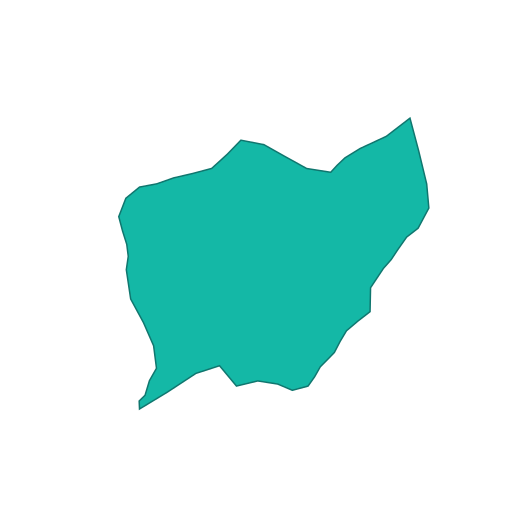 SVG path tracing the border of Şəmkir, rotated 22°
{"feature_id": "AZE-1685", "entity_name": "Şəmkir", "entity_type": "District", "adm_level": 1, "iso_a3": "AZE", "parent_name": "Azerbaijan", "parent_adm1": "", "projection": "orthographic", "projection_center": [46.049, 40.847], "detail": "fine", "context": "isolated", "style": "filled", "palette": "teal", "viewbox_px": 512, "rotation_deg": 22, "n_neighbors": 0, "source": "natural_earth", "source_scale": "10m", "svg_char_len": 851}
<svg xmlns="http://www.w3.org/2000/svg" viewBox="0 0 512 512"><g transform="rotate(22 256 256)"><path d="M382.6,264.9L374.9,278.1L367.9,291.4L366.0,303.6L364.8,316.1L361.0,325.4L357.1,334.7L355.6,346.0L353.0,357.1L340.0,366.9L324.1,366.6L304.4,371.2L286.6,383.9L263.3,371.4L244.3,387.3L224.9,415.3L205.3,441.5L202.0,434.2L205.3,426.7L203.9,411.5L205.8,397.4L194.7,377.6L176.6,359.9L155.9,342.8L140.9,317.3L137.7,304.2L131.8,293.6L122.9,282.8L114.0,270.9L113.7,251.2L122.2,235.7L136.9,226.3L150.4,214.4L166.4,203.2L182.1,191.4L191.3,172.3L198.6,154.3L221.7,149.8L245.6,152.9L270.2,155.9L293.9,150.4L297.3,141.4L301.7,131.7L307.0,124.5L312.3,117.3L332.0,96.2L347.1,70.5L367.6,97.8L387.3,125.3L398.3,146.8L395.9,169.5L388.6,182.0L385.1,196.9L382.7,208.7L378.8,219.7L374.1,242.5L382.6,264.9Z" fill="#14b8a6" stroke="#0f766e" stroke-width="1.5"/></g></svg>